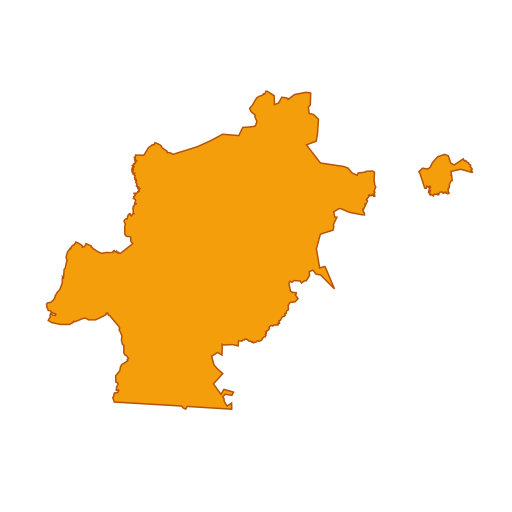 Lažas pag., Aizputes, Latvia, rotated 281°
{"feature_id": "27541924B50720776256607", "entity_name": "Lažas pag.", "entity_type": "district", "adm_level": 2, "iso_a3": "LVA", "parent_name": "Latvia", "parent_adm1": "Aizputes", "projection": "orthographic", "projection_center": [21.55, 56.777], "detail": "fine", "context": "isolated", "style": "filled", "palette": "amber", "viewbox_px": 512, "rotation_deg": 281, "n_neighbors": 0, "source": "geoboundaries", "source_scale": "gbopen_adm2", "svg_char_len": 6105}
<svg xmlns="http://www.w3.org/2000/svg" viewBox="0 0 512 512"><g transform="rotate(281 256 256)"><path d="M85.6,144.8L94.5,211.4L92.8,213.9L92.3,216.2L95.2,217.2L101.0,261.4L107.0,260.1L103.2,256.2L107.3,252.5L109.9,251.8L111.3,250.3L114.4,252.1L114.6,258.9L118.1,259.9L119.0,249.9L113.5,248.1L122.3,238.6L134.2,245.8L138.2,239.2L141.0,235.6L149.1,231.6L154.0,236.6L152.3,241.5L162.9,239.7L162.5,241.3L164.6,250.1L164.3,255.6L169.4,255.1L169.8,258.5L170.7,258.8L171.4,259.8L171.3,260.4L172.3,260.9L172.5,263.1L171.3,264.8L171.1,266.1L171.4,266.8L170.6,268.3L170.7,268.9L171.2,269.1L170.2,269.9L171.9,272.9L172.6,273.1L173.1,274.3L172.9,275.5L174.7,277.7L175.9,277.9L178.3,279.5L178.4,280.3L180.2,281.0L180.9,280.1L181.8,280.8L183.3,280.0L183.8,280.4L183.5,280.8L184.9,281.1L185.3,282.1L187.5,283.0L188.6,282.4L190.3,283.6L190.7,284.5L190.5,286.0L191.8,286.7L191.9,288.1L192.5,289.1L192.1,289.8L192.7,290.9L194.0,290.4L194.2,291.7L194.6,292.0L196.7,290.9L197.5,292.2L201.4,293.5L202.2,295.4L203.2,296.0L204.9,295.2L205.5,296.6L208.0,296.5L209.5,298.1L213.6,297.0L216.8,298.2L218.5,303.1L222.2,305.4L225.4,302.0L226.6,302.7L227.7,302.4L227.2,298.8L228.1,296.5L235.5,293.5L237.7,294.1L237.0,296.2L239.1,298.0L239.9,304.0L238.2,305.9L240.9,308.3L241.3,310.1L247.3,312.3L250.8,311.2L253.0,314.6L249.7,318.3L249.7,323.1L238.7,339.3L258.8,325.8L258.7,325.0L256.4,320.8L274.5,313.9L289.3,315.0L290.4,316.2L296.1,326.7L299.7,326.8L301.7,326.0L309.5,328.0L309.4,325.8L314.1,323.9L317.8,327.7L318.7,330.0L316.7,339.4L316.7,352.0L317.0,354.6L319.0,354.1L320.5,352.5L321.8,352.5L322.0,352.0L322.9,352.3L322.9,352.8L327.3,353.9L327.7,353.2L328.0,354.0L331.3,355.0L332.3,354.2L332.2,353.7L332.8,353.7L335.7,355.5L337.0,355.0L337.8,355.8L337.0,356.6L337.7,357.7L337.4,358.2L338.8,358.9L337.1,360.3L337.2,361.2L340.7,360.1L341.4,360.5L342.0,359.5L346.6,360.4L347.9,359.2L353.2,357.4L360.7,356.4L361.7,354.3L360.2,348.2L358.9,346.5L357.1,340.6L354.5,339.8L355.9,334.4L359.9,329.5L360.6,324.9L359.6,301.5L374.7,284.3L380.2,293.2L388.1,293.0L402.2,291.2L405.9,285.5L406.0,281.0L412.3,279.0L414.7,280.5L426.4,278.6L426.2,273.7L421.9,263.1L415.9,257.6L416.6,257.2L417.0,255.5L416.8,251.1L410.4,248.9L408.2,245.2L416.8,243.3L419.7,236.1L419.8,234.4L416.6,233.7L416.8,232.6L415.1,231.8L413.2,228.4L411.1,226.4L403.1,223.6L399.7,221.5L396.7,223.7L394.0,228.5L392.5,228.3L388.3,231.2L384.2,230.7L383.2,230.1L381.5,225.4L379.7,218.5L370.9,216.1L369.2,200.1L360.5,189.4L352.1,177.6L339.9,155.0L340.8,152.7L341.0,151.2L340.4,149.1L341.9,148.7L344.2,143.5L346.3,141.5L347.4,138.5L347.9,135.2L345.7,134.7L345.4,133.0L341.7,129.7L333.5,126.7L332.1,118.5L330.9,118.7L329.4,117.8L329.3,118.8L328.0,118.7L327.2,119.9L327.2,118.6L326.0,119.2L325.6,120.1L324.8,120.0L323.4,118.5L323.0,119.0L322.5,118.2L321.7,118.4L321.1,117.3L320.6,117.8L320.6,118.6L320.2,118.6L320.2,119.2L319.0,118.9L319.2,118.3L318.9,117.8L317.8,118.6L318.0,117.8L317.7,117.5L316.8,117.7L317.2,118.4L316.8,119.0L316.2,118.1L315.3,118.2L315.1,119.0L314.2,118.7L313.8,119.8L314.0,120.6L313.1,120.0L313.1,121.0L312.3,120.9L311.9,122.1L310.0,121.7L309.2,122.2L309.0,122.9L308.0,122.5L307.7,123.3L307.9,123.9L307.2,124.4L306.9,123.8L306.2,124.3L306.0,123.9L305.2,124.0L304.2,125.3L302.3,125.2L302.4,125.8L301.4,125.9L301.4,126.4L300.1,127.1L301.3,127.5L301.1,128.0L299.7,128.0L299.5,128.4L299.7,129.0L298.2,128.3L297.1,128.9L296.7,128.6L297.0,127.9L294.5,126.7L294.6,125.2L294.2,124.3L293.8,124.6L293.9,125.3L292.4,125.9L290.9,124.5L290.0,125.2L289.0,124.7L288.6,126.6L287.2,127.4L285.4,126.9L284.4,127.6L284.4,128.4L283.9,128.2L283.9,126.8L282.0,126.9L281.3,126.1L278.6,126.1L277.8,126.8L274.6,127.2L274.2,128.0L273.6,126.9L271.6,126.2L271.9,125.3L273.6,124.3L273.3,123.6L271.1,122.5L268.0,122.5L267.6,121.2L266.3,120.0L264.7,119.9L262.5,121.6L259.8,121.5L252.2,123.1L251.1,124.2L250.6,125.8L251.0,128.7L250.6,129.5L246.6,130.3L244.6,132.7L232.9,122.6L232.6,121.6L233.3,120.4L232.7,120.0L233.2,119.6L232.8,119.2L234.1,118.3L233.3,118.0L233.3,116.8L234.3,116.1L234.1,115.4L232.9,114.7L232.1,114.8L230.8,108.1L229.2,104.1L229.8,100.8L231.7,95.7L233.2,93.2L234.4,92.3L235.7,86.8L234.2,86.7L232.3,85.5L231.6,83.8L233.2,83.2L234.8,79.1L235.3,76.4L232.3,75.5L231.7,74.2L230.3,73.3L228.3,72.9L227.3,72.3L227.8,72.0L224.1,70.2L218.4,69.8L216.1,71.2L207.5,71.0L206.4,70.2L198.8,71.1L199.0,70.0L197.4,71.0L197.3,70.1L192.4,71.0L185.3,69.7L182.6,67.9L178.5,66.4L176.6,66.6L173.5,65.1L171.3,63.3L170.3,60.4L168.8,59.6L165.8,60.5L162.9,62.5L163.0,64.3L161.2,67.5L161.0,70.5L159.4,70.5L159.1,68.3L159.4,67.0L160.6,65.5L159.0,65.1L156.8,65.6L153.1,64.3L151.7,68.0L151.5,77.2L153.2,85.8L155.7,89.1L157.1,89.4L156.9,90.7L161.7,98.2L162.5,100.5L161.4,104.0L162.7,110.7L168.2,118.1L169.9,120.0L171.2,119.9L171.8,121.2L169.6,122.6L169.8,123.5L160.8,134.6L159.1,136.1L157.8,135.6L152.2,139.6L147.5,140.0L143.6,141.9L143.1,143.3L135.5,144.8L133.9,146.2L133.6,147.7L131.1,150.4L129.4,149.3L128.6,150.1L123.7,144.8L121.0,144.1L117.4,144.2L111.6,141.1L105.6,142.5L105.3,142.8L105.3,144.1L103.9,145.2L101.1,144.2L97.7,144.3L97.4,145.0L98.3,146.2L97.9,146.9L95.5,146.2L94.5,143.1L90.3,142.9L89.7,142.4L85.6,144.8ZM374.7,408.6L374.1,407.3L374.0,402.8L369.9,399.8L368.3,401.2L354.8,408.7L354.6,409.1L354.9,410.2L357.1,410.3L356.8,412.4L357.8,413.2L357.0,414.2L356.0,412.6L355.1,413.9L353.8,413.2L351.6,413.3L352.8,414.6L350.9,414.2L349.5,414.8L349.2,415.3L350.1,415.3L348.8,418.7L350.8,419.1L350.7,420.4L351.2,421.5L350.7,422.4L350.8,422.9L351.8,422.2L351.9,422.8L351.6,423.7L352.3,423.6L353.9,424.7L354.4,426.3L353.2,427.8L354.4,428.6L354.3,429.1L354.9,430.1L354.0,430.2L354.1,431.1L353.6,432.0L354.0,433.1L354.8,433.5L355.2,432.7L359.0,431.7L359.8,432.6L363.4,432.3L366.8,433.0L367.4,434.3L372.4,432.7L372.6,431.8L373.6,432.2L376.2,431.3L380.2,440.3L379.2,452.2L379.7,452.4L381.4,450.6L381.7,451.4L382.8,451.5L384.9,449.1L386.1,449.4L387.2,447.3L388.0,446.9L388.3,445.2L389.3,444.4L389.0,443.2L389.4,443.0L389.2,442.8L389.5,442.0L390.9,440.9L383.2,433.2L384.4,429.4L391.1,425.6L391.7,421.7L388.1,415.4L381.0,411.3L376.7,410.2L374.7,408.6Z" fill="#f59e0b" stroke="#b45309" stroke-width="1.5"/></g></svg>